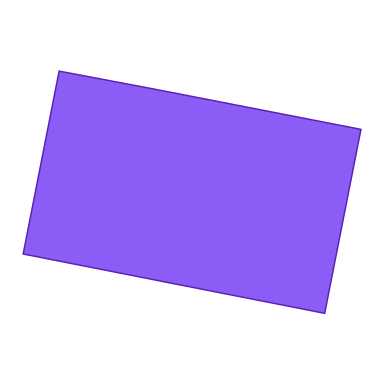 the district of Kingsbury, South Dakota, United States of America, rotated 191°
{"feature_id": "52423323B28637641674469", "entity_name": "Kingsbury", "entity_type": "district", "adm_level": 2, "iso_a3": "USA", "parent_name": "United States of America", "parent_adm1": "South Dakota", "projection": "natural_earth1", "projection_center": [-97.566, 44.37], "detail": "fine", "context": "isolated", "style": "filled", "palette": "violet", "viewbox_px": 384, "rotation_deg": 191, "n_neighbors": 0, "source": "geoboundaries", "source_scale": "gbopen_adm2", "svg_char_len": 260}
<svg xmlns="http://www.w3.org/2000/svg" viewBox="0 0 384 384"><g transform="rotate(191 192 192)"><path d="M38.1,285.7L39.9,285.7L243.4,285.8L345.5,285.3L345.9,98.9L191.5,98.5L38.6,98.2L38.1,285.7Z" fill="#8b5cf6" stroke="#5b21b6" stroke-width="1.5"/></g></svg>